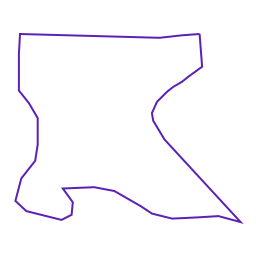 outline of Bupyeong-gu, Incheon, South Korea
{"feature_id": "91817680B45509654992593", "entity_name": "Bupyeong-gu", "entity_type": "district", "adm_level": 2, "iso_a3": "KOR", "parent_name": "South Korea", "parent_adm1": "Incheon", "projection": "albers", "projection_center": [126.732, 37.486], "detail": "fine", "context": "isolated", "style": "outline", "palette": "violet", "viewbox_px": 256, "rotation_deg": 0, "n_neighbors": 0, "source": "geoboundaries", "source_scale": "gbopen_adm2", "svg_char_len": 532}
<svg xmlns="http://www.w3.org/2000/svg" viewBox="0 0 256 256"><path d="M240.6,222.1L164.5,139.5L153.2,120.7L151.9,113.1L157.0,101.8L167.0,91.8L173.3,86.8L182.1,81.7L188.3,76.7L202.1,66.7L199.6,33.9L199.6,34.0L182.1,35.3L159.5,37.8L20.0,34.0L18.9,54.1L18.9,90.5L28.9,103.1L37.7,118.1L37.7,144.5L35.2,160.8L21.3,178.4L15.4,200.9L26.3,211.1L61.5,219.9L71.6,214.8L72.8,202.3L62.8,188.5L94.2,187.2L114.3,191.0L140.6,206.1L152.0,213.6L172.1,218.6L197.2,217.4L218.5,216.1L240.6,222.1Z" fill="none" stroke="#5b21b6" stroke-width="2"/></svg>